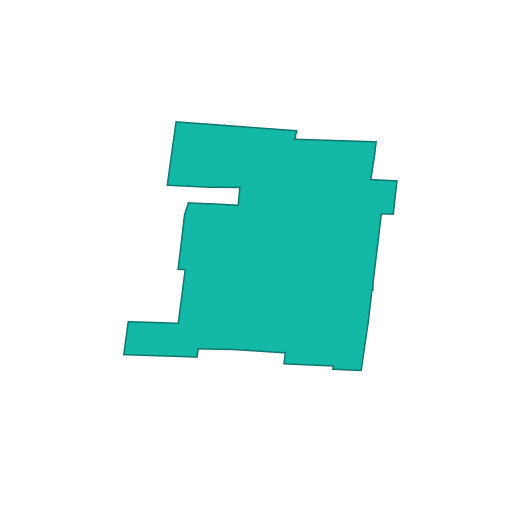 outline of Brandsen, Buenos Aires, Argentina, rotated 232°
{"feature_id": "61730980B58719049483690", "entity_name": "Brandsen", "entity_type": "district", "adm_level": 2, "iso_a3": "ARG", "parent_name": "Argentina", "parent_adm1": "Buenos Aires", "projection": "equal_earth", "projection_center": [-58.12, -35.196], "detail": "fine", "context": "isolated", "style": "filled", "palette": "teal", "viewbox_px": 512, "rotation_deg": 232, "n_neighbors": 0, "source": "geoboundaries", "source_scale": "gbopen_adm2", "svg_char_len": 1190}
<svg xmlns="http://www.w3.org/2000/svg" viewBox="0 0 512 512"><g transform="rotate(232 256 256)"><path d="M329.6,365.1L365.9,325.2L410.9,275.6L383.2,247.0L366.4,229.7L358.3,239.1L339.3,261.1L330.5,272.2L319.9,285.5L306.9,273.2L325.5,252.0L326.0,251.1L339.5,235.4L332.6,225.3L328.9,221.5L320.8,213.6L311.0,203.9L293.5,186.4L288.8,191.8L250.8,153.3L282.9,114.9L259.7,91.1L212.6,147.4L218.5,153.2L197.2,179.5L182.3,196.3L161.6,219.5L153.8,211.7L148.6,217.8L136.0,232.5L121.7,249.3L119.4,246.9L113.0,254.4L101.1,268.3L103.1,270.5L135.0,303.9L157.7,326.3L157.2,327.0L163.0,331.9L181.2,350.0L184.0,352.7L188.0,356.9L212.1,380.7L204.5,389.9L228.4,413.3L245.5,393.5L263.6,412.7L272.0,420.9L324.3,358.2L324.4,358.5L324.5,358.8L324.5,359.1L324.5,359.3L324.6,359.6L324.8,359.8L324.9,360.0L325.2,360.2L325.4,360.3L325.6,360.5L325.9,360.7L326.1,360.8L326.3,361.0L326.6,361.2L326.8,361.4L327.0,361.6L327.2,361.8L327.4,362.0L327.5,362.2L327.7,362.4L327.7,362.6L327.7,362.8L327.7,363.0L327.6,363.4L327.8,363.7L327.9,363.8L328.0,363.9L328.2,364.0L328.3,364.0L328.5,364.1L328.8,364.3L329.1,364.5L329.3,364.7L329.4,364.9L329.5,365.0L329.6,365.1Z" fill="#14b8a6" stroke="#0f766e" stroke-width="1.5"/></g></svg>